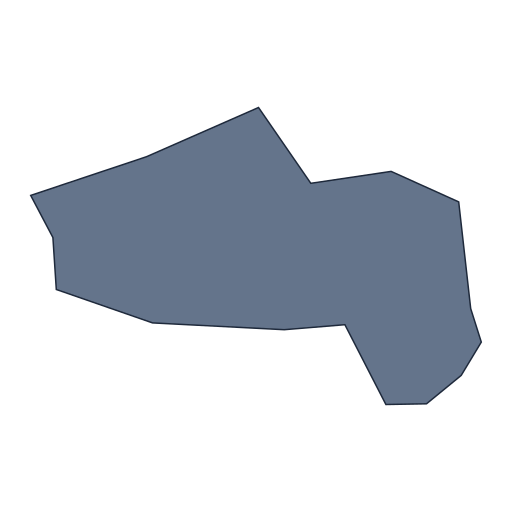 Bălţi, Natural Earth projection
{"feature_id": "MDA-1618", "entity_name": "Bălţi", "entity_type": "City", "adm_level": 1, "iso_a3": "MDA", "parent_name": "Moldova", "parent_adm1": "", "projection": "natural_earth1", "projection_center": [27.968, 47.763], "detail": "fine", "context": "isolated", "style": "filled", "palette": "slate", "viewbox_px": 512, "rotation_deg": 0, "n_neighbors": 0, "source": "natural_earth", "source_scale": "10m", "svg_char_len": 333}
<svg xmlns="http://www.w3.org/2000/svg" viewBox="0 0 512 512"><path d="M258.5,107.5L310.8,183.3L391.1,171.4L458.7,201.9L470.7,308.6L481.3,342.1L461.2,375.4L426.5,403.8L385.9,404.5L344.9,324.7L284.2,329.7L152.5,322.9L56.3,289.5L52.9,237.5L30.7,195.4L146.5,156.7L258.5,107.5Z" fill="#64748b" stroke="#1e293b" stroke-width="1.5"/></svg>